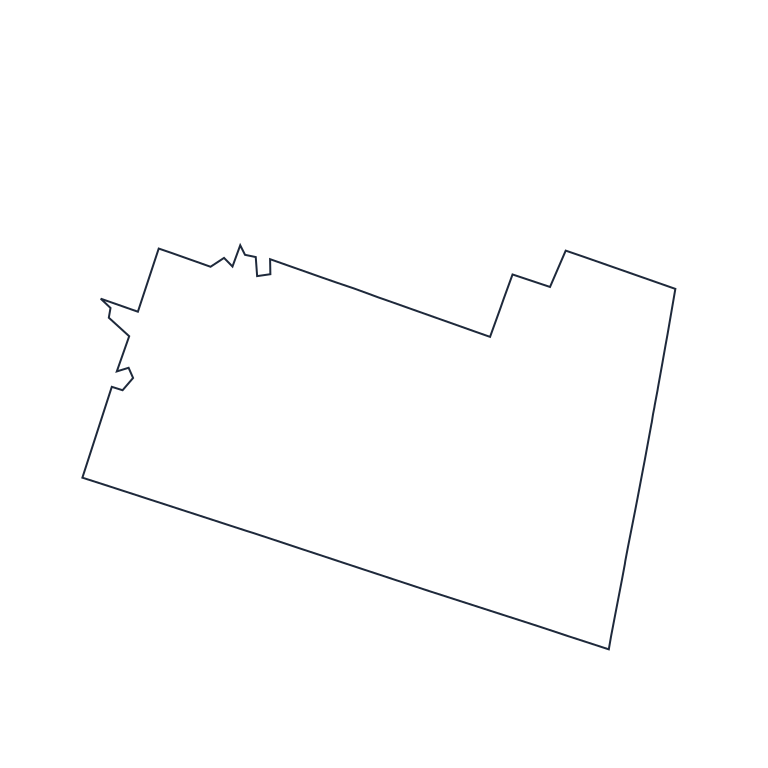 the district of Benton, Arkansas, United States of America, rotated 198°
{"feature_id": "52423323B15242621426255", "entity_name": "Benton", "entity_type": "district", "adm_level": 2, "iso_a3": "USA", "parent_name": "United States of America", "parent_adm1": "Arkansas", "projection": "natural_earth1", "projection_center": [-94.26, 36.3], "detail": "fine", "context": "isolated", "style": "outline", "palette": "slate", "viewbox_px": 768, "rotation_deg": 198, "n_neighbors": 0, "source": "geoboundaries", "source_scale": "gbopen_adm2", "svg_char_len": 1082}
<svg xmlns="http://www.w3.org/2000/svg" viewBox="0 0 768 768"><g transform="rotate(198 384 384)"><path d="M88.2,201.1L90.1,214.3L91.1,222.3L92.8,235.8L97.3,272.0L99.3,287.2L99.8,290.1L101.5,303.4L106.1,341.7L107.6,353.8L111.4,383.6L112.4,391.6L117.4,429.2L117.4,429.7L118.8,438.4L119.5,444.2L119.6,445.1L120.0,447.6L121.9,462.5L122.3,465.0L125.7,489.9L126.4,494.8L128.5,509.9L128.5,510.0L129.7,518.9L136.3,564.5L233.4,566.7L252.4,567.0L256.1,527.6L295.6,527.9L296.5,501.8L296.7,492.4L297.7,461.6L314.5,462.0L409.6,464.5L415.6,464.6L442.1,465.6L460.2,465.8L475.1,466.1L530.9,467.5L526.0,453.3L538.0,447.4L545.2,465.1L556.1,463.9L563.6,471.5L564.4,448.9L575.1,454.5L585.2,441.9L626.7,443.0L640.1,443.2L640.4,376.7L679.8,377.6L667.6,371.8L666.2,362.0L641.1,350.7L642.0,313.4L631.9,320.5L624.5,312.2L630.7,297.3L642.0,297.2L641.9,201.7L612.9,201.8L601.3,201.8L573.8,201.8L570.3,201.8L489.5,201.8L486.8,201.8L471.0,201.8L469.8,201.8L462.1,201.9L461.5,201.9L409.9,201.6L345.2,201.3L277.4,201.0L160.7,201.3L131.4,201.1L88.2,201.1Z" fill="none" stroke="#1e293b" stroke-width="2"/></g></svg>